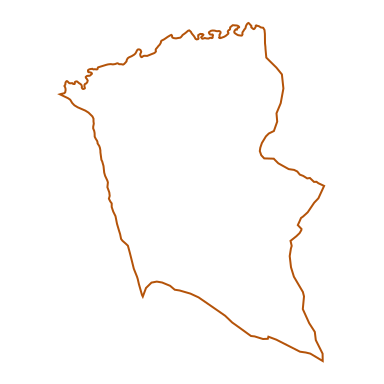 outline of Tilisca, Sibiu, Romania
{"feature_id": "2599482B67392717014509", "entity_name": "Tilisca", "entity_type": "district", "adm_level": 2, "iso_a3": "ROU", "parent_name": "Romania", "parent_adm1": "Sibiu", "projection": "robinson", "projection_center": [23.731, 45.777], "detail": "fine", "context": "isolated", "style": "outline", "palette": "amber", "viewbox_px": 384, "rotation_deg": 0, "n_neighbors": 0, "source": "geoboundaries", "source_scale": "gbopen_adm2", "svg_char_len": 5425}
<svg xmlns="http://www.w3.org/2000/svg" viewBox="0 0 384 384"><path d="M263.2,27.8L262.0,27.6L260.8,27.4L259.4,26.5L259.1,26.3L257.8,25.9L257.6,25.9L256.2,25.4L255.7,25.9L255.8,26.5L255.1,27.9L254.6,28.4L254.4,28.8L253.8,29.1L253.2,28.9L252.2,28.1L251.4,27.4L251.2,26.9L251.4,26.4L251.3,25.8L250.3,24.8L249.3,23.7L248.6,23.0L247.8,23.3L247.1,24.0L246.3,25.3L245.8,26.6L245.6,27.7L245.2,28.6L244.4,29.4L243.5,30.9L242.7,32.0L242.4,32.8L242.4,33.6L242.5,34.4L242.0,35.4L241.6,35.6L240.2,35.5L238.2,35.2L237.0,34.6L235.3,33.5L234.5,32.8L234.3,32.3L234.3,31.4L234.8,30.5L235.5,29.6L235.9,29.3L236.2,29.4L236.5,29.6L236.9,29.6L237.2,28.8L237.4,28.2L238.0,27.7L238.6,27.6L239.1,27.3L239.1,26.9L238.7,26.4L237.8,25.8L236.8,25.5L234.0,25.3L232.8,25.2L232.5,25.4L231.4,26.3L230.6,27.0L230.2,27.3L230.1,27.7L230.1,28.5L230.1,29.0L229.8,29.5L229.4,29.9L228.6,30.2L228.1,30.9L227.8,31.5L227.9,32.1L228.4,32.9L228.3,33.6L227.6,34.3L226.6,35.1L225.7,35.9L223.9,36.9L222.2,37.5L221.4,37.8L220.4,38.1L219.5,38.0L219.1,37.6L219.6,36.6L219.5,35.7L219.5,34.8L220.0,34.0L220.5,33.1L220.6,32.5L220.4,31.8L219.6,31.2L218.9,31.0L217.8,31.2L216.2,31.1L215.0,30.7L214.4,30.6L212.6,30.5L211.0,30.8L209.1,32.1L208.9,32.7L209.3,33.6L210.0,34.4L211.1,34.6L212.5,34.5L213.0,35.2L212.9,35.8L212.6,36.3L212.7,37.3L212.4,37.9L211.8,38.1L211.0,37.9L210.5,37.8L209.9,37.9L209.3,38.1L208.8,38.5L207.5,38.5L206.2,38.4L204.8,38.0L203.9,38.4L202.3,38.7L201.8,38.2L201.2,37.3L201.8,36.4L202.9,35.6L203.4,34.8L203.1,34.4L202.3,34.0L201.2,34.0L200.3,33.9L198.8,34.8L198.2,35.2L198.2,36.5L198.4,37.9L198.5,38.6L198.1,39.1L196.7,39.4L196.1,39.1L195.6,38.9L194.1,36.3L191.7,33.4L191.0,32.0L190.1,31.1L189.3,30.4L188.8,30.5L188.0,30.8L185.8,32.7L184.5,33.7L182.6,35.0L182.0,35.9L180.9,37.2L180.1,37.7L178.1,38.0L176.0,38.4L173.7,38.1L172.5,37.6L172.1,36.9L172.1,36.0L171.9,35.4L171.3,34.9L170.6,35.2L170.2,35.4L167.8,36.8L165.5,38.4L164.0,39.4L162.1,40.4L161.5,40.7L161.2,41.1L160.9,41.8L160.9,42.5L160.4,43.5L159.6,44.8L158.5,45.9L158.1,46.4L157.6,47.1L156.5,48.4L155.9,49.1L155.7,49.6L155.7,50.4L155.9,51.0L155.9,51.5L155.6,51.9L154.8,52.7L154.2,53.1L150.9,54.4L149.2,55.1L147.2,55.9L145.0,55.8L144.1,55.8L143.3,56.1L142.7,56.5L142.4,56.8L141.8,57.1L141.5,57.1L141.0,56.8L140.7,56.4L140.3,55.1L140.2,54.1L140.5,53.4L141.0,52.5L141.2,51.5L140.8,50.7L140.4,49.9L139.2,49.4L138.1,49.4L137.3,50.0L136.6,51.2L136.2,52.1L135.4,53.5L134.1,54.7L131.6,56.2L129.3,57.2L128.6,57.6L127.7,58.3L127.2,59.2L126.7,60.2L126.5,61.4L125.9,62.1L125.2,62.9L124.5,63.6L124.0,64.1L123.0,64.6L122.3,64.4L121.2,64.2L120.2,64.2L119.2,64.2L118.4,63.7L117.9,63.4L117.2,63.3L115.0,64.1L114.0,64.2L113.0,64.4L110.8,64.1L109.6,64.2L108.0,64.4L106.4,64.8L104.1,65.5L101.5,66.3L98.9,67.1L98.2,67.3L97.9,67.6L97.7,68.3L97.6,68.9L97.0,69.4L96.1,69.4L95.0,69.2L94.0,69.3L93.4,69.4L92.8,69.1L92.4,68.8L91.8,68.9L90.8,69.0L89.8,69.2L89.0,69.5L88.3,69.9L88.0,70.4L88.0,71.2L88.2,71.9L88.6,72.2L89.6,72.2L90.4,72.5L91.3,72.7L91.9,73.4L91.9,73.8L91.1,74.6L90.1,75.5L88.9,75.9L88.2,75.7L87.4,75.9L86.9,76.0L85.8,76.9L85.8,77.6L86.1,78.1L86.8,78.9L87.7,80.5L87.3,82.1L86.3,83.4L85.1,83.9L84.5,84.8L84.4,86.3L84.7,87.3L84.9,88.1L84.5,88.6L83.3,89.0L82.6,88.8L82.1,88.2L81.8,87.6L81.9,86.6L81.7,85.8L81.5,85.1L80.8,84.3L80.0,83.7L79.1,83.2L78.5,82.7L78.0,82.2L77.5,81.9L77.1,81.5L76.7,81.4L75.9,81.5L75.0,82.0L74.7,82.8L74.8,83.6L74.5,84.0L73.7,84.0L73.1,83.9L72.8,83.6L72.1,83.1L71.6,83.2L70.7,83.3L69.3,83.2L68.2,82.1L67.4,81.3L66.8,81.1L66.4,81.3L65.7,82.2L65.5,82.7L65.4,83.5L65.3,84.4L65.3,84.7L64.9,85.2L64.5,85.7L64.5,86.3L65.0,86.9L65.5,88.6L65.6,90.2L65.4,91.1L65.2,92.3L64.3,93.2L60.9,94.0L59.9,94.3L65.9,97.2L68.0,98.2L70.2,99.7L72.2,103.0L74.4,105.3L77.7,107.3L85.3,110.6L88.5,112.6L92.4,116.4L93.5,118.7L93.5,119.7L93.5,121.4L93.8,123.7L93.2,126.7L93.2,128.5L94.2,130.9L94.6,133.1L94.7,136.7L95.8,138.9L97.0,140.7L97.5,142.1L97.6,143.5L99.2,145.9L99.9,147.8L100.4,150.6L100.4,152.2L101.4,159.8L102.2,161.4L103.5,166.0L104.2,172.6L105.1,175.8L107.3,180.5L107.9,182.4L107.7,184.3L107.4,187.2L109.0,191.6L109.3,192.5L109.7,195.9L108.9,198.7L110.3,201.5L111.7,203.4L111.7,207.0L113.2,211.5L115.5,216.2L117.0,223.8L119.0,230.6L120.1,234.1L121.1,239.0L122.5,240.8L125.8,243.7L127.9,245.7L129.8,252.7L132.0,261.4L133.8,268.7L137.0,276.7L137.7,278.9L138.9,284.1L142.0,295.0L142.8,296.6L146.0,288.0L151.5,282.6L156.8,281.6L162.1,282.5L170.1,285.8L174.7,289.7L179.7,290.5L190.4,293.6L198.6,297.4L214.7,308.5L225.2,315.8L232.2,322.5L240.2,328.2L248.2,334.0L251.0,336.0L254.6,336.4L263.0,339.0L267.8,338.8L268.4,336.7L276.4,339.7L280.7,341.9L288.2,345.7L300.0,351.7L305.7,352.5L310.3,353.6L322.7,361.0L322.6,353.7L319.2,346.9L315.8,340.1L314.8,331.9L309.2,323.2L302.8,309.1L304.0,296.4L302.9,292.0L293.9,276.7L291.0,267.3L289.7,256.1L290.9,248.6L291.7,245.9L290.7,241.6L290.5,240.9L296.4,236.2L299.6,233.1L301.3,230.2L301.5,229.0L297.8,225.1L299.8,220.8L301.0,218.0L303.1,216.5L307.7,212.3L314.2,202.7L318.4,198.3L324.1,185.9L318.3,183.2L316.5,181.8L314.0,181.9L309.9,178.0L307.2,178.4L303.2,175.9L299.8,174.6L297.3,171.5L294.1,169.9L288.7,169.1L278.3,163.3L274.8,159.8L273.8,158.7L267.8,158.5L264.2,158.4L261.3,155.3L259.8,151.1L260.3,147.7L261.9,143.0L265.9,136.4L268.8,133.5L273.9,131.0L277.2,121.6L276.5,113.3L280.7,103.2L283.4,88.5L281.9,74.4L276.4,67.6L269.7,61.0L266.3,57.6L265.9,53.2L265.5,48.9L265.4,46.9L265.0,43.2L264.9,33.9L264.5,30.0L263.2,27.8Z" fill="none" stroke="#b45309" stroke-width="2"/></svg>